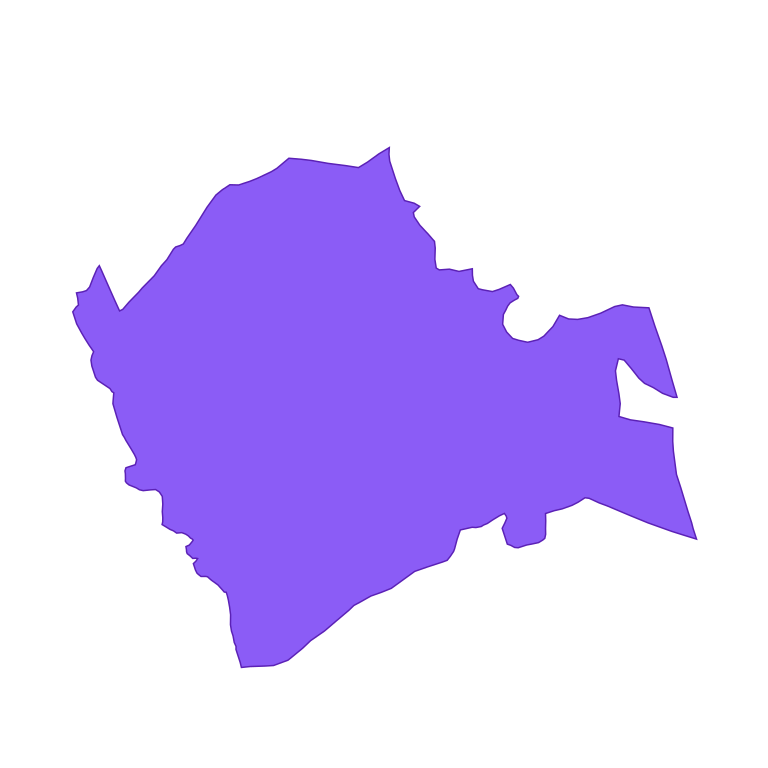 outline of Al-Rifai, Dhi-Qar, Iraq, rotated 252°
{"feature_id": "34846034B62362991729870", "entity_name": "Al-Rifai", "entity_type": "district", "adm_level": 2, "iso_a3": "IRQ", "parent_name": "Iraq", "parent_adm1": "Dhi-Qar", "projection": "robinson", "projection_center": [46.048, 31.665], "detail": "fine", "context": "isolated", "style": "filled", "palette": "violet", "viewbox_px": 768, "rotation_deg": 252, "n_neighbors": 0, "source": "geoboundaries", "source_scale": "gbopen_adm2", "svg_char_len": 3903}
<svg xmlns="http://www.w3.org/2000/svg" viewBox="0 0 768 768"><g transform="rotate(252 384 384)"><path d="M196.8,389.6L199.6,393.8L203.2,398.4L205.3,400.1L213.8,405.6L221.6,411.5L220.5,423.6L219.1,427.0L218.4,432.5L219.1,435.0L219.4,439.2L221.2,445.5L223.0,453.1L223.7,458.5L220.8,459.4L218.4,459.4L216.9,458.1L214.5,456.0L210.2,451.8L205.6,451.8L199.6,451.8L193.6,451.8L191.4,454.7L188.2,457.7L186.8,461.0L186.8,464.4L186.8,469.9L186.1,475.3L185.4,482.0L186.5,486.7L187.5,489.2L191.1,491.3L196.7,493.0L203.8,495.5L210.9,497.6L210.9,501.0L210.9,506.8L210.2,514.8L210.5,525.3L211.6,532.1L213.7,540.0L211.9,543.8L204.5,551.8L199.2,558.5L183.2,577.0L170.4,592.1L154.8,612.3L147.3,622.8L139.9,633.3L140.9,633.3L146.3,633.3L150.9,633.3L156.9,633.7L169.0,633.7L193.4,634.2L207.6,634.2L230.8,638.5L240.3,640.9L252.9,645.1L260.4,633.4L267.8,619.4L273.8,607.2L280.5,597.4L292.3,602.6L302.1,604.4L315.5,606.3L325.0,608.2L335.6,614.7L332.5,619.8L322.2,624.0L310.8,628.2L304.1,632.0L297.4,639.0L289.1,646.0L282.0,654.9L280.8,658.6L297.8,659.1L320.2,660.0L334.4,660.0L355.3,659.5L371.1,659.5L374.6,659.5L380.1,645.1L385.6,635.2L386.4,627.3L384.4,611.9L384.1,598.4L385.6,588.1L388.8,579.7L395.1,572.2L386.4,562.4L384.0,557.9L380.1,550.8L378.5,544.2L379.3,533.5L384.0,525.5L387.6,520.4L395.5,516.7L404.1,515.3L413.2,519.0L416.7,522.7L419.9,525.7L422.2,529.0L423.5,534.0L424.1,537.7L425.8,539.1L427.1,538.4L427.9,538.0L435.2,536.7L439.6,534.9L438.4,522.7L438.4,515.7L443.1,506.9L445.5,503.1L454.1,500.8L460.0,501.7L466.3,503.6L467.9,490.1L473.0,481.7L475.4,471.9L478.1,469.5L486.8,470.9L497.4,474.7L504.1,476.1L506.3,475.1L513.9,471.9L514.8,471.4L523.8,467.2L533.6,464.4L538.0,464.9L541.9,472.8L546.6,468.6L552.1,460.2L563.1,458.8L576.1,458.3L585.2,458.3L594.2,458.3L600.9,459.7L607.2,462.1L604.5,450.4L600.1,436.8L597.7,426.6L603.6,414.9L611.1,399.0L619.0,384.1L623.3,374.8L628.1,363.3L622.2,348.7L620.7,342.3L618.7,326.5L618.2,318.9L618.2,307.2L621.1,299.0L618.7,290.2L615.7,282.6L606.8,270.3L593.0,253.9L583.6,241.6L579.2,236.4L578.7,232.9L578.7,229.9L578.7,228.2L577.2,225.3L569.3,215.9L565.3,208.9L557.9,198.9L550.0,183.7L547.1,179.0L540.7,166.8L535.7,158.6L535.2,155.1L545.6,153.9L546.5,153.8L562.8,152.1L579.6,150.4L584.5,149.8L582.5,146.9L575.1,140.4L567.2,134.0L564.8,129.9L564.8,125.8L565.7,119.7L560.2,119.2L553.5,117.8L552.3,115.0L548.8,110.3L545.7,110.3L542.9,110.3L536.2,110.3L526.0,112.2L519.7,113.6L512.2,115.5L506.3,117.3L504.4,117.8L501.2,115.0L497.3,112.7L491.4,111.7L484.7,111.7L479.6,111.7L476.1,112.7L471.4,116.4L464.3,122.0L460.8,122.9L459.2,124.3L457.5,123.6L452.5,121.5L449.0,120.1L435.2,119.7L427.3,119.7L423.0,119.7L418.7,119.7L416.7,119.7L413.2,120.6L410.1,121.1L400.6,123.4L394.3,124.8L390.8,125.3L388.4,125.3L386.1,123.9L384.1,122.5L384.1,116.9L384.1,112.7L381.4,110.8L378.6,110.3L373.9,108.9L371.5,108.0L369.6,108.5L366.8,110.3L361.7,116.4L359.0,118.7L357.0,122.0L355.4,129.5L354.2,134.2L350.7,137.0L345.6,138.4L338.1,136.5L331.1,133.7L325.2,132.3L321.2,130.9L318.9,129.5L315.7,132.3L311.8,135.6L309.4,138.4L306.3,140.7L305.1,145.8L302.4,149.1L300.0,151.0L297.2,152.4L295.7,153.8L294.5,154.2L293.7,153.3L291.0,149.1L290.6,145.4L287.4,144.9L285.5,144.4L283.5,144.4L280.7,146.3L277.2,148.2L276.4,151.4L275.6,152.8L273.7,150.5L272.1,147.2L268.9,147.2L265.4,147.2L261.9,147.7L260.3,148.6L257.5,150.5L256.0,155.2L255.2,156.6L251.9,158.5L250.5,159.4L244.2,164.0L241.0,165.4L237.9,166.8L235.5,167.8L234.7,169.6L231.2,169.6L226.5,169.2L219.4,168.2L211.9,166.8L202.5,163.6L196.2,162.6L191.1,162.6L184.4,161.7L180.1,162.2L177.3,161.2L173.0,161.2L170.3,161.2L165.9,161.2L163.6,161.2L158.5,160.8L156.7,169.2L152.4,184.2L150.4,192.0L151.0,207.4L153.5,213.9L157.9,225.1L162.6,234.9L167.5,251.1L173.5,265.6L179.8,281.0L182.7,286.9L184.1,294.7L185.4,301.0L186.4,306.1L186.7,317.5L187.4,327.8L196.3,355.3L196.6,368.7L196.6,384.4L196.8,389.6Z" fill="#8b5cf6" stroke="#5b21b6" stroke-width="1.5"/></g></svg>